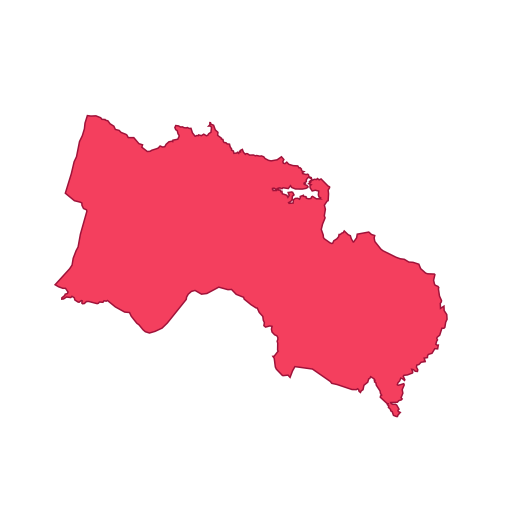 the district of Karagwe, Kagera, United Republic of Tanzania, rotated 106°
{"feature_id": "72390352B65686612592635", "entity_name": "Karagwe", "entity_type": "district", "adm_level": 2, "iso_a3": "TZA", "parent_name": "United Republic of Tanzania", "parent_adm1": "Kagera", "projection": "orthographic", "projection_center": [31.075, -1.721], "detail": "fine", "context": "isolated", "style": "filled", "palette": "rose", "viewbox_px": 512, "rotation_deg": 106, "n_neighbors": 0, "source": "geoboundaries", "source_scale": "gbopen_adm2", "svg_char_len": 6059}
<svg xmlns="http://www.w3.org/2000/svg" viewBox="0 0 512 512"><g transform="rotate(106 256 256)"><path d="M339.0,441.2L340.0,437.3L340.3,432.8L339.6,430.2L342.4,426.8L344.0,426.9L345.3,428.9L346.7,429.0L349.7,431.1L351.0,430.8L350.3,429.1L347.7,426.9L347.0,422.6L345.5,421.8L346.2,419.2L348.2,418.0L349.3,414.5L349.2,413.3L347.0,411.7L347.0,410.8L349.3,410.4L349.7,409.5L349.0,407.9L346.5,406.4L345.8,404.2L345.6,395.6L344.9,394.5L343.4,393.8L342.7,390.4L340.9,389.7L340.7,387.5L339.7,386.5L343.7,377.2L346.1,366.8L345.2,362.0L348.3,359.3L353.5,352.0L354.4,349.5L358.0,344.3L359.3,341.5L359.4,337.2L356.3,332.3L351.2,326.4L344.9,322.8L317.0,311.1L314.6,311.4L311.3,310.6L307.8,308.3L305.9,305.1L307.7,297.9L305.6,292.9L296.2,283.2L296.1,273.7L294.9,270.3L298.3,264.5L299.1,256.5L300.7,255.5L304.2,247.3L305.9,241.6L305.7,240.4L309.3,237.4L312.2,232.8L315.7,231.3L317.7,229.6L320.8,229.2L321.7,227.2L319.4,223.4L319.2,221.2L322.1,221.0L324.7,219.6L326.6,216.4L326.9,214.0L328.4,212.5L330.3,212.0L332.1,212.2L333.8,211.1L340.5,209.3L341.4,208.5L347.3,210.9L347.8,212.1L349.3,210.3L357.4,206.8L359.2,205.2L363.4,198.0L363.6,197.1L361.7,192.4L363.3,189.8L356.3,189.2L351.6,188.1L349.1,170.6L356.1,150.0L357.5,148.1L357.2,142.6L357.9,126.9L356.8,122.7L355.6,121.7L356.2,120.5L357.7,119.6L358.4,118.0L356.7,117.7L355.0,116.3L350.5,116.6L346.5,113.8L343.0,113.8L342.4,112.9L340.4,112.5L341.5,108.7L342.1,108.0L342.6,108.2L342.8,107.4L344.3,107.4L344.9,105.8L347.1,104.7L351.5,99.6L353.9,98.4L355.1,96.9L356.2,97.7L357.5,97.6L361.7,89.3L361.6,88.3L362.7,88.7L363.5,87.1L365.0,87.0L366.4,84.4L367.7,83.8L368.1,82.2L371.3,79.9L371.6,76.7L371.3,75.8L369.8,75.7L366.6,74.2L366.3,76.4L365.2,77.0L363.8,76.3L360.6,79.6L360.1,80.9L360.9,83.6L360.6,85.4L359.7,86.2L357.6,79.8L355.7,78.9L354.2,76.6L353.1,76.1L352.2,77.5L347.4,77.0L344.2,78.6L339.1,78.0L338.0,78.8L341.1,83.6L340.8,84.7L338.7,84.6L336.5,83.5L333.5,83.2L333.6,81.4L334.7,79.0L334.0,78.8L331.0,81.3L329.9,80.9L328.6,77.7L325.3,73.3L324.4,73.3L322.0,75.1L321.8,73.4L322.9,71.1L322.5,69.0L320.8,69.1L318.7,71.1L316.6,71.4L315.4,69.5L312.6,68.0L311.1,64.7L310.8,65.1L310.5,64.4L307.8,66.2L306.4,63.2L304.6,63.6L303.1,63.2L301.0,60.0L295.8,58.6L295.2,55.8L291.4,56.2L291.8,57.2L291.3,58.8L288.2,58.9L286.6,58.4L285.3,59.6L284.1,59.4L281.5,57.6L274.2,57.4L273.7,55.5L272.5,54.8L267.4,55.4L264.2,54.9L259.7,56.5L256.6,60.1L252.4,61.5L255.5,64.2L250.8,65.8L249.0,65.2L247.7,65.4L243.9,68.6L237.3,71.6L236.0,71.6L235.1,72.7L234.7,75.7L233.8,76.7L230.4,78.6L224.6,78.9L224.2,79.6L225.8,86.1L225.7,88.2L222.8,94.2L219.0,97.2L218.8,103.3L219.7,107.4L218.3,112.5L218.9,116.6L218.6,121.1L216.0,135.3L215.0,137.8L209.3,145.8L206.1,147.4L203.6,147.5L203.5,150.9L201.9,154.2L207.1,164.7L210.8,164.3L215.6,166.0L215.7,166.5L213.2,169.1L210.5,170.9L210.1,173.3L207.6,178.1L209.5,178.6L210.6,180.1L212.0,180.8L212.4,182.1L214.7,181.9L217.2,183.0L219.9,185.4L222.6,185.8L223.1,186.6L223.0,188.3L220.6,195.1L219.6,196.3L217.4,197.1L212.4,200.6L207.0,200.8L200.3,200.1L198.6,201.4L191.9,202.2L188.3,204.3L183.7,202.8L182.9,201.9L176.2,203.4L172.8,204.8L170.0,204.1L169.2,204.4L168.9,206.0L164.0,214.7L165.4,216.3L164.6,218.3L165.8,218.9L166.2,221.1L168.1,223.2L167.7,223.7L169.8,225.2L170.2,225.0L169.3,223.9L169.9,223.7L172.0,225.3L172.3,222.6L173.5,223.5L175.5,222.8L178.0,219.9L176.4,217.1L176.3,213.6L180.1,212.9L181.9,211.7L182.2,210.1L183.1,210.4L183.3,209.8L184.4,213.7L183.1,218.1L183.7,218.8L185.6,219.1L186.5,221.0L186.6,223.5L185.2,224.3L185.5,226.8L184.6,227.2L186.6,229.9L187.4,229.5L189.4,229.8L189.0,231.7L189.8,234.1L191.6,235.5L194.9,234.9L196.3,238.7L195.7,239.4L194.0,237.7L192.0,236.8L188.6,237.5L186.8,236.3L184.7,238.3L184.6,239.3L186.1,242.6L188.5,240.8L190.8,241.5L189.1,243.1L188.9,247.9L186.7,248.9L187.3,250.0L185.9,250.6L186.5,252.2L185.7,253.4L187.1,254.1L186.7,254.7L187.5,254.8L188.3,257.3L187.8,257.3L187.7,258.4L186.5,258.8L185.8,257.4L186.4,255.0L184.9,253.6L185.6,252.5L184.3,252.7L184.0,252.2L184.0,249.4L182.9,248.8L182.3,243.6L178.9,242.2L180.3,240.5L180.7,236.6L178.9,229.9L177.2,226.6L175.7,225.1L175.0,225.1L174.1,226.6L173.8,229.2L173.5,229.6L172.7,228.8L172.4,229.6L170.6,228.1L168.9,228.7L166.5,227.8L165.9,226.8L166.5,223.8L165.4,224.5L165.2,227.0L163.5,227.9L163.1,228.9L163.9,230.4L163.9,233.9L163.2,234.4L161.7,233.2L161.8,234.7L161.1,235.9L159.9,236.3L159.0,238.0L159.4,238.9L157.9,240.7L158.9,245.3L158.8,249.8L157.3,252.3L159.2,253.6L159.3,255.2L157.9,256.2L155.6,255.8L153.6,258.9L157.7,262.2L160.4,267.7L160.6,270.4L159.8,274.2L158.5,275.9L158.3,278.4L159.0,279.8L159.2,283.1L159.9,284.2L159.6,286.3L160.8,290.0L160.0,292.3L160.3,293.7L161.2,294.3L159.7,296.7L157.3,298.5L158.7,300.0L160.2,299.6L160.0,300.7L162.1,300.9L161.4,302.4L162.4,303.0L163.4,305.5L161.3,306.7L161.0,308.7L159.9,308.9L158.1,311.0L155.8,312.3L156.2,314.6L155.4,316.1L155.7,317.9L155.0,318.9L153.1,319.9L153.1,321.5L152.3,321.7L150.6,326.1L147.6,326.7L146.0,329.9L142.0,332.8L141.7,335.6L140.4,336.5L140.5,337.1L142.6,336.5L144.1,337.3L143.7,336.0L144.4,334.3L149.4,333.4L151.6,335.2L153.3,335.7L154.1,336.8L153.3,339.8L155.4,341.7L155.4,344.5L156.2,344.6L156.5,346.1L157.7,347.5L155.2,351.0L151.2,353.7L151.8,355.4L151.4,357.5L152.1,358.3L152.5,360.7L152.1,362.1L152.8,364.2L152.3,366.3L152.7,369.1L154.9,369.4L156.7,368.0L157.2,366.3L160.1,364.6L161.2,363.2L162.2,362.9L165.3,363.4L167.6,367.8L169.0,367.6L168.9,368.7L170.2,371.2L173.4,373.2L176.1,373.8L177.0,375.8L176.7,378.5L179.1,379.7L180.2,381.0L183.1,385.4L184.5,386.6L185.5,389.3L182.9,395.7L180.4,395.7L180.3,399.5L175.9,406.1L177.4,411.4L175.3,413.5L174.9,414.7L174.4,419.8L173.0,422.2L173.1,426.1L170.4,428.4L169.1,432.8L166.9,435.6L166.9,438.3L166.4,438.7L167.1,441.8L165.9,443.4L165.4,448.5L167.0,453.3L167.5,456.8L175.3,457.0L181.1,456.0L188.2,456.1L194.6,457.2L210.1,455.9L215.5,456.8L227.9,456.2L248.2,456.6L252.9,445.8L252.7,439.6L253.1,438.0L255.2,437.3L257.9,434.9L258.3,431.7L259.6,430.9L283.4,430.8L296.4,429.5L300.5,430.4L308.6,431.1L315.4,430.3L319.6,431.6L339.0,441.2Z" fill="#f43f5e" stroke="#9f1239" stroke-width="1.5"/></g></svg>